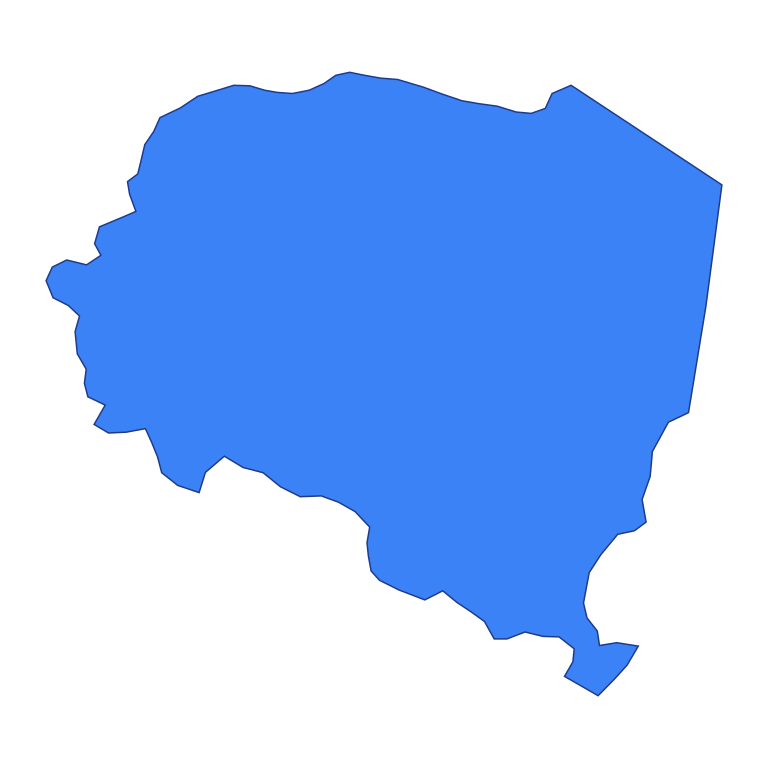 outline of Pinhão, Sergipe, Brazil
{"feature_id": "56859067B90079031840877", "entity_name": "Pinhão", "entity_type": "district", "adm_level": 2, "iso_a3": "BRA", "parent_name": "Brazil", "parent_adm1": "Sergipe", "projection": "albers", "projection_center": [-37.772, -10.576], "detail": "fine", "context": "isolated", "style": "filled", "palette": "blue", "viewbox_px": 768, "rotation_deg": 0, "n_neighbors": 0, "source": "geoboundaries", "source_scale": "gbopen_adm2", "svg_char_len": 1407}
<svg xmlns="http://www.w3.org/2000/svg" viewBox="0 0 768 768"><path d="M160.0,117.6L153.8,131.4L144.8,144.6L141.3,159.5L137.8,173.9L127.5,181.6L129.6,194.3L135.9,211.4L121.8,217.5L99.5,226.8L94.6,243.7L100.9,255.3L86.5,264.9L66.7,260.0L52.3,267.1L46.1,280.7L53.1,297.8L68.3,305.5L79.5,316.0L75.1,331.7L77.3,353.8L86.2,369.2L84.4,383.3L87.9,396.8L105.2,405.1L94.1,424.4L108.5,433.0L126.1,432.2L145.4,428.6L151.9,442.9L157.6,457.0L161.7,472.7L177.7,485.4L199.1,492.6L205.4,472.4L224.3,456.2L243.1,467.5L263.1,472.7L280.5,486.8L300.3,496.7L321.2,495.9L338.5,502.2L355.1,511.6L369.7,527.1L367.0,542.8L368.4,556.1L371.1,571.0L379.5,580.3L399.0,590.0L424.8,599.9L442.7,590.8L457.3,602.7L470.6,611.5L484.5,621.5L494.2,638.9L507.0,638.9L524.9,632.0L543.1,636.4L559.1,636.9L574.2,648.8L572.9,661.8L564.5,676.4L598.1,695.7L614.9,678.6L627.1,665.1L638.3,646.1L616.8,642.7L599.5,645.5L597.3,631.1L587.0,617.9L583.5,603.0L589.2,572.6L600.8,554.7L617.7,534.3L634.5,530.7L646.1,522.1L642.1,499.5L650.2,476.3L652.4,451.5L668.4,422.2L688.5,412.6L705.9,306.3L721.9,184.9L571.1,85.3L552.1,93.5L545.3,108.4L531.2,113.4L516.0,112.0L497.3,106.2L479.1,103.7L461.7,100.7L441.4,93.8L423.5,87.2L397.7,79.5L380.3,78.1L363.0,75.0L349.7,72.3L335.8,75.3L323.9,83.6L309.2,90.2L292.4,93.5L277.2,92.4L264.5,90.2L249.8,85.8L233.8,85.3L215.9,90.8L197.7,96.3L180.4,107.9L160.0,117.6Z" fill="#3b82f6" stroke="#1e3a8a" stroke-width="1.5"/></svg>